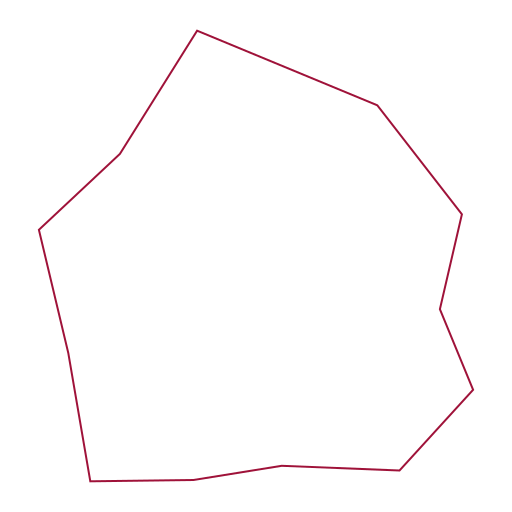 the Urban county of Békéscsaba
{"feature_id": "HUN-4919", "entity_name": "Békéscsaba", "entity_type": "Urban county", "adm_level": 1, "iso_a3": "HUN", "parent_name": "Hungary", "parent_adm1": "", "projection": "equal_earth", "projection_center": [21.092, 46.759], "detail": "fine", "context": "isolated", "style": "outline", "palette": "rose", "viewbox_px": 512, "rotation_deg": 0, "n_neighbors": 0, "source": "natural_earth", "source_scale": "10m", "svg_char_len": 278}
<svg xmlns="http://www.w3.org/2000/svg" viewBox="0 0 512 512"><path d="M197.1,30.7L377.3,105.3L461.9,214.3L439.9,309.2L473.1,389.8L399.5,470.5L281.7,465.8L193.4,480.0L90.3,481.3L68.3,353.1L38.9,229.8L119.9,153.9L197.1,30.7Z" fill="none" stroke="#9f1239" stroke-width="2"/></svg>